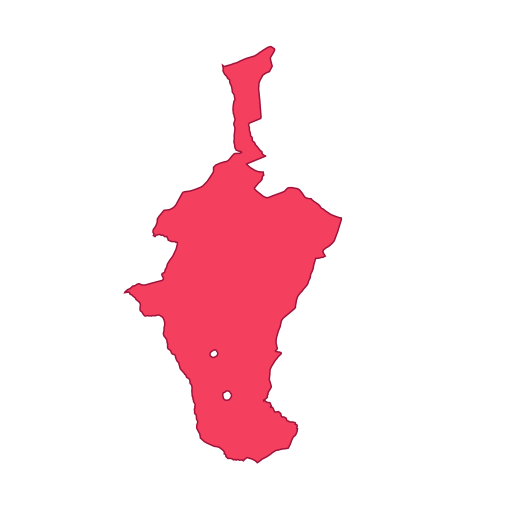 the district of Kole, Kasaï-Oriental, Democratic Republic of the Congo, rotated 28°
{"feature_id": "63176286B77592742780307", "entity_name": "Kole", "entity_type": "district", "adm_level": 2, "iso_a3": "COD", "parent_name": "Democratic Republic of the Congo", "parent_adm1": "Kasaï-Oriental", "projection": "natural_earth1", "projection_center": [22.534, -3.425], "detail": "fine", "context": "isolated", "style": "filled", "palette": "rose", "viewbox_px": 512, "rotation_deg": 28, "n_neighbors": 0, "source": "geoboundaries", "source_scale": "gbopen_adm2", "svg_char_len": 6145}
<svg xmlns="http://www.w3.org/2000/svg" viewBox="0 0 512 512"><g transform="rotate(28 256 256)"><path d="M157.3,350.0L160.3,347.7L161.2,347.6L162.7,348.8L165.0,348.7L166.3,349.2L169.1,349.7L170.5,350.7L174.0,351.4L175.6,352.1L176.6,352.9L178.4,357.2L179.3,358.4L179.8,358.7L181.9,359.1L182.6,359.7L185.0,360.9L186.0,361.1L186.6,360.9L188.3,359.5L189.5,359.2L190.6,358.5L191.7,358.2L192.9,357.0L194.8,356.3L197.2,354.1L198.4,353.6L202.2,353.9L203.5,354.6L205.1,355.9L206.9,358.0L208.0,360.4L208.6,362.8L209.5,364.2L210.6,368.0L212.1,369.7L215.7,371.3L216.9,372.3L218.3,374.3L219.2,375.0L220.7,378.0L221.4,378.9L222.5,379.3L224.8,379.5L227.1,381.4L228.0,381.8L230.9,381.4L231.5,381.8L232.6,383.3L234.5,385.0L236.2,386.1L237.7,386.4L242.0,391.1L247.8,393.3L248.5,393.9L249.7,393.9L251.7,395.7L254.4,395.8L256.0,396.8L257.5,399.3L259.7,400.2L261.3,402.2L262.8,405.4L265.7,409.9L266.4,410.0L267.4,411.8L268.2,412.3L269.0,413.6L272.0,415.7L272.3,416.1L272.6,417.6L273.3,418.5L273.4,420.0L275.9,423.9L277.5,424.3L278.1,424.8L280.3,428.3L281.6,428.8L282.2,429.6L282.7,430.6L283.0,432.7L284.0,435.0L284.8,436.1L290.2,439.7L290.6,440.6L291.4,441.3L292.3,442.8L297.5,444.1L300.8,444.2L308.0,443.7L309.2,443.4L311.0,442.7L313.3,442.2L318.1,443.0L320.4,444.1L320.8,445.6L322.0,445.5L322.5,445.7L323.7,447.3L325.1,447.5L326.0,447.9L326.4,447.9L328.2,446.8L329.9,446.4L331.9,446.5L332.4,445.9L333.3,445.8L333.7,445.3L334.5,445.4L335.4,444.2L337.4,444.0L338.7,443.0L339.9,442.6L340.9,442.8L341.3,441.3L342.6,438.2L347.5,437.2L348.8,437.1L351.5,437.1L354.2,437.9L355.9,434.6L356.7,432.6L359.8,428.1L361.9,424.1L362.9,421.7L364.8,418.4L367.1,416.6L369.1,414.6L373.3,411.7L374.7,410.5L374.6,406.1L374.0,402.0L373.9,398.4L375.0,395.3L374.7,391.9L373.7,389.0L373.2,389.2L372.7,388.8L372.2,386.6L371.1,385.8L369.6,386.0L369.1,384.9L368.5,384.8L365.9,385.5L364.1,386.6L362.3,386.5L361.3,386.8L360.7,386.7L359.6,386.1L359.0,385.1L356.3,385.0L354.9,385.7L354.3,385.8L353.4,385.3L351.8,383.5L351.2,383.2L350.1,383.4L349.5,382.9L348.8,382.9L346.5,384.6L345.5,384.8L342.3,382.2L341.2,382.1L339.9,382.8L339.6,382.3L340.2,381.4L337.4,379.1L336.7,379.1L334.5,380.0L332.9,379.9L332.0,379.5L331.5,379.6L330.9,380.4L330.4,379.6L330.8,379.4L332.3,375.8L332.3,375.2L331.3,373.7L331.6,372.8L331.2,372.1L330.7,369.9L331.0,368.7L330.9,367.1L331.1,365.6L330.9,364.2L329.5,362.6L325.7,358.8L323.3,353.0L321.8,349.9L321.5,346.4L322.0,339.4L323.0,333.9L323.9,331.4L324.1,330.3L323.5,329.6L321.9,329.8L318.9,330.9L318.0,330.9L317.6,330.5L318.1,329.4L318.4,327.8L314.6,323.5L313.4,321.1L312.4,318.4L311.0,312.0L310.5,307.1L308.9,301.7L308.9,299.6L309.2,298.0L313.3,288.1L314.7,284.4L315.0,283.1L314.2,281.3L312.4,275.7L311.8,272.5L312.1,269.7L312.6,267.2L313.1,265.8L313.5,263.0L314.2,260.1L314.7,257.6L314.7,255.7L314.2,253.8L314.1,250.1L312.9,246.5L312.7,242.6L312.3,240.1L311.3,237.2L310.7,234.6L309.8,230.1L312.1,228.7L315.0,226.1L315.7,225.7L317.2,223.6L314.1,221.7L312.7,220.2L312.8,218.7L313.9,216.2L315.6,213.4L316.6,211.1L317.2,209.3L317.8,206.9L317.9,205.6L316.6,195.7L315.9,192.4L314.3,183.9L313.5,182.4L311.3,183.1L305.9,183.9L302.0,184.2L295.5,183.5L293.5,183.0L291.8,183.1L290.6,182.9L289.4,182.1L287.0,181.2L281.3,180.6L278.9,180.1L277.8,179.5L275.9,180.5L273.1,181.2L271.1,181.0L269.2,179.8L266.4,178.4L263.1,177.1L261.0,177.1L255.5,178.8L252.9,180.3L251.9,181.4L250.8,185.5L249.1,187.7L242.5,195.0L240.0,198.0L238.4,199.4L236.0,199.9L234.4,199.9L226.3,198.4L223.7,197.7L222.7,196.8L224.0,190.2L224.9,188.0L225.3,185.3L224.4,183.3L224.4,182.4L224.9,180.9L224.0,180.0L223.0,178.5L220.7,179.6L217.9,180.6L214.6,180.9L209.2,180.6L205.2,179.6L204.4,179.2L217.9,162.9L216.8,163.4L213.9,163.1L212.1,161.1L210.2,160.9L205.7,158.9L203.0,157.9L202.0,156.8L200.9,156.3L198.9,156.0L198.3,155.5L197.1,153.4L196.6,153.0L194.8,152.4L193.0,149.8L191.1,148.1L189.8,145.6L188.6,144.6L187.7,143.4L187.8,141.7L195.6,132.3L195.2,130.9L185.9,116.3L179.9,107.3L177.5,102.1L177.1,99.4L177.1,93.2L178.9,89.7L181.3,86.8L181.2,80.8L177.5,76.8L175.8,74.7L175.6,73.5L175.9,67.8L175.7,65.2L175.0,64.5L172.9,64.2L171.0,64.1L170.2,64.5L168.9,65.7L168.2,66.7L165.3,71.7L164.9,72.7L163.6,74.7L162.7,76.9L160.8,80.1L154.7,86.1L151.1,90.5L148.5,94.1L147.2,95.5L146.1,96.4L143.7,99.2L142.0,100.7L138.9,103.7L137.0,103.3L139.1,105.9L140.0,108.1L142.9,110.2L146.2,111.3L147.0,112.1L147.7,112.5L150.0,112.8L151.0,114.6L152.6,116.2L154.3,117.3L156.6,120.0L158.1,122.3L161.1,124.0L164.1,127.9L163.9,129.7L165.1,133.4L166.8,137.3L169.3,141.0L170.2,141.5L171.3,143.1L173.0,144.8L173.6,145.7L174.1,149.1L174.5,150.1L177.1,152.6L178.1,154.5L180.2,160.0L181.7,162.5L183.0,165.8L184.3,167.1L186.6,170.3L188.8,171.8L192.4,171.4L193.7,170.7L194.6,171.3L194.2,171.7L193.6,172.9L189.7,175.1L188.7,176.1L187.9,179.0L187.0,183.7L186.2,185.5L185.5,186.4L184.0,187.6L180.8,190.8L177.9,194.4L177.2,196.4L176.9,197.7L178.5,200.7L178.9,202.1L178.8,204.3L177.9,213.1L176.1,219.2L174.7,221.5L170.2,226.7L167.2,229.7L162.9,232.7L161.7,234.0L161.4,235.1L161.3,248.5L160.4,252.0L158.6,254.8L157.5,256.0L153.3,258.9L151.7,266.9L151.5,269.6L152.9,272.6L153.4,276.0L153.3,278.0L152.9,280.6L153.1,281.6L153.8,283.3L155.7,284.6L155.8,286.2L156.5,286.1L157.7,286.3L158.0,284.5L160.4,282.5L161.4,282.0L162.6,282.2L164.1,281.2L166.2,281.8L168.1,280.7L170.7,282.7L171.1,283.2L174.7,282.9L177.8,281.3L178.8,281.6L179.4,281.1L180.0,280.9L180.9,282.2L182.1,286.8L182.3,288.4L182.6,295.2L181.8,300.5L181.6,304.7L182.4,308.3L182.2,310.4L182.9,313.5L181.6,315.2L181.4,316.4L182.4,317.5L183.3,318.0L185.0,319.5L185.0,320.7L184.5,321.7L176.9,328.7L172.0,333.4L170.5,334.4L168.9,335.0L167.5,335.3L166.3,335.2L164.9,335.9L163.8,337.6L163.3,338.8L161.3,340.5L160.1,343.9L158.4,346.0L157.3,349.0L157.3,350.0ZM292.4,391.0L293.3,388.9L294.8,388.2L296.3,388.2L298.2,389.1L299.4,389.9L300.0,391.0L300.3,392.7L300.1,394.1L299.7,395.6L298.3,396.8L296.7,397.7L294.3,397.2L292.0,394.6L291.2,392.3L292.4,391.0ZM262.9,365.7L262.0,365.2L261.1,363.5L261.4,361.3L263.0,358.7L264.5,357.9L265.6,358.2L267.2,359.1L268.1,360.2L268.4,361.6L268.2,362.8L267.5,363.9L266.7,365.0L265.6,365.9L264.3,365.9L262.9,365.7Z" fill="#f43f5e" stroke="#9f1239" stroke-width="1.5"/></g></svg>